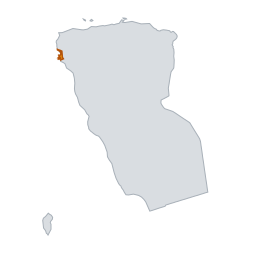 Al Burayqah, `Adan, Yemen (highlighted), rotated 92°
{"feature_id": "15242507B61395835555859", "entity_name": "Al Burayqah", "entity_type": "district", "adm_level": 2, "iso_a3": "YEM", "parent_name": "Yemen", "parent_adm1": "`Adan", "projection": "equal_earth", "projection_center": [44.818, 12.796], "detail": "fine", "context": "in_parent", "style": "filled", "palette": "amber", "viewbox_px": 256, "rotation_deg": 92, "n_neighbors": 0, "source": "geoboundaries", "source_scale": "gbopen_adm2", "svg_char_len": 4365}
<svg xmlns="http://www.w3.org/2000/svg" viewBox="0 0 256 256"><g transform="rotate(92 128 128)"><path d="M210.3,103.3L201.2,107.7L198.8,109.6L196.6,112.0L195.0,115.0L193.9,120.3L194.9,125.1L194.8,127.7L192.4,129.4L190.2,130.6L187.8,132.5L186.3,133.0L185.1,134.5L183.7,135.5L178.6,138.2L173.0,140.3L164.1,142.9L160.6,145.6L157.5,147.5L152.8,148.0L146.2,150.6L142.6,152.7L138.1,156.1L137.1,157.2L136.3,159.7L135.0,161.8L132.3,165.4L130.2,167.2L128.9,167.3L126.2,168.3L123.1,168.5L117.8,167.3L116.4,168.1L115.3,169.5L111.3,171.9L107.1,176.8L104.1,178.1L99.2,179.6L95.8,181.6L93.5,182.4L90.5,182.9L85.1,182.7L79.9,183.4L75.0,184.8L72.8,187.4L70.2,191.5L66.0,193.2L65.0,194.7L63.7,197.7L61.0,198.5L58.5,199.0L56.0,197.7L51.2,201.3L49.4,201.9L46.6,202.1L44.7,202.8L43.3,202.6L41.6,201.2L37.9,199.5L35.2,200.6L35.0,197.1L30.5,186.5L31.5,177.3L31.5,176.0L30.6,171.9L27.9,168.2L28.0,163.4L27.1,160.0L26.5,156.5L26.7,155.6L26.7,154.8L25.4,149.4L24.9,148.3L24.8,147.2L25.2,146.3L25.2,145.3L24.5,143.7L23.7,140.5L20.1,138.1L20.9,135.8L21.6,136.6L22.5,137.3L22.7,135.8L22.7,134.7L21.3,127.7L23.5,118.5L22.8,110.1L26.2,106.8L27.1,105.7L27.6,104.9L28.4,103.0L29.5,102.3L29.9,100.3L29.9,99.3L29.2,98.5L28.6,96.2L28.8,93.2L29.0,92.0L29.4,89.7L30.6,88.9L30.9,88.2L29.9,86.8L30.0,85.9L32.1,83.6L32.9,82.8L34.2,82.1L35.2,82.1L36.4,82.5L37.4,83.2L38.5,84.4L39.5,85.8L41.2,86.3L42.3,86.2L43.2,86.8L44.0,86.5L44.9,85.7L46.3,85.8L47.6,85.0L51.2,84.6L54.7,84.8L58.3,84.2L62.0,84.2L65.6,84.3L66.5,84.4L67.2,84.8L70.3,86.9L72.7,87.3L77.4,87.9L82.4,88.5L86.8,89.1L90.5,88.6L93.6,88.2L94.4,88.2L95.3,89.5L97.2,92.8L98.9,95.9L102.0,96.0L103.9,94.9L106.1,93.3L107.4,92.0L108.9,87.0L109.9,83.8L112.1,80.1L114.0,77.1L116.5,73.1L117.8,70.9L120.5,66.5L123.1,64.8L128.1,61.5L133.0,58.2L136.2,56.1L138.9,55.1L143.5,54.3L148.9,53.3L154.3,52.4L160.0,51.3L166.4,50.2L170.7,49.4L176.3,48.4L181.0,47.5L185.1,46.8L189.3,46.0L190.1,48.5L191.0,50.9L191.8,53.3L192.7,55.7L193.5,58.2L194.3,60.6L195.2,63.1L196.0,65.5L196.9,67.9L197.7,70.4L198.5,72.8L199.4,75.2L200.2,77.7L201.1,80.1L201.9,82.6L202.8,85.0L203.6,87.4L204.9,88.2L205.7,90.4L206.8,93.7L208.0,96.9L209.2,100.1L210.3,103.3ZM224.1,202.1L225.2,202.4L226.9,201.6L231.9,201.4L237.8,204.2L236.7,204.9L236.1,205.9L233.5,206.8L230.9,208.9L223.3,210.0L221.1,209.4L219.3,207.3L215.9,204.7L217.2,203.0L217.5,202.2L218.0,201.5L219.9,200.2L221.8,200.4L224.1,202.1ZM22.4,169.1L22.2,169.7L21.8,169.6L20.7,168.2L21.9,166.8L22.6,168.1L22.4,169.1ZM18.9,136.3L18.3,136.9L18.2,135.9L18.5,133.8L19.1,133.2L19.5,134.8L19.3,135.6L18.9,136.3ZM21.8,175.7L20.6,176.5L21.4,174.5L22.3,174.1L22.5,174.2L21.8,175.7Z" fill="#d9dde1" stroke="#a8b0b8" stroke-width="1"/><path d="M61.1,195.0L60.8,195.2L59.8,196.0L53.5,196.8L52.8,198.4L52.1,201.0L52.3,201.2L52.2,201.3L52.3,201.3L52.6,200.8L52.8,200.4L53.2,199.7L53.5,199.2L53.7,198.9L53.9,198.7L54.0,198.6L54.2,198.4L54.4,198.2L54.6,198.0L54.9,197.9L55.1,197.8L55.3,197.7L55.6,197.7L56.1,197.7L56.5,197.8L56.9,197.9L57.2,198.0L57.3,198.2L57.5,198.3L57.6,198.5L57.8,198.7L57.9,198.9L57.9,198.7L57.9,198.8L57.9,198.7L58.0,198.7L57.9,198.7L58.0,198.7L58.1,198.8L58.2,199.0L57.9,198.9L57.9,199.0L58.0,199.1L57.9,199.3L57.9,199.5L58.0,199.5L58.0,199.4L58.1,199.2L58.1,199.3L58.2,199.2L58.3,199.2L58.2,199.3L58.3,199.3L58.3,199.2L58.2,199.2L58.3,199.1L58.5,199.0L58.6,198.9L58.9,198.8L59.1,198.7L59.3,198.8L59.5,198.9L59.7,199.0L59.8,199.1L59.8,199.3L59.7,199.4L59.8,199.4L59.7,199.4L59.7,199.5L59.8,199.6L60.0,199.7L60.0,199.8L60.1,200.0L60.1,199.9L60.2,200.0L60.2,199.9L60.3,199.8L60.5,199.8L60.7,199.7L60.8,199.6L60.8,199.8L60.9,199.7L60.9,199.8L61.0,199.8L61.0,199.7L60.9,199.7L61.0,199.7L60.9,199.6L60.9,199.4L61.0,199.4L60.9,199.4L61.0,199.4L61.2,199.5L61.3,199.5L61.3,199.4L61.4,199.5L61.4,199.4L61.5,199.4L61.4,199.4L61.5,199.4L61.4,199.4L61.4,199.2L61.5,199.2L61.4,199.2L61.5,199.0L61.5,198.9L61.5,199.0L61.4,199.0L61.5,199.0L61.4,199.0L61.4,198.9L61.4,199.0L61.4,198.9L61.2,198.9L60.9,198.9L60.7,198.9L60.6,198.7L60.4,198.7L60.2,198.7L60.2,198.8L60.2,198.7L60.1,198.8L60.0,198.6L60.1,198.4L60.1,198.5L60.2,198.3L60.2,198.1L60.3,198.1L60.5,198.1L60.6,198.3L60.7,198.5L60.8,198.7L60.9,198.8L61.0,198.8L60.9,198.8L61.0,198.9L61.0,198.7L61.1,198.4L61.1,198.2L61.2,197.9L61.3,197.8L61.3,197.7L61.5,197.5L61.8,197.5L62.1,197.4L62.3,197.4L62.1,197.1L61.7,196.2L61.1,195.0Z" fill="#f59e0b" stroke="#b45309" stroke-width="1.5"/></g></svg>